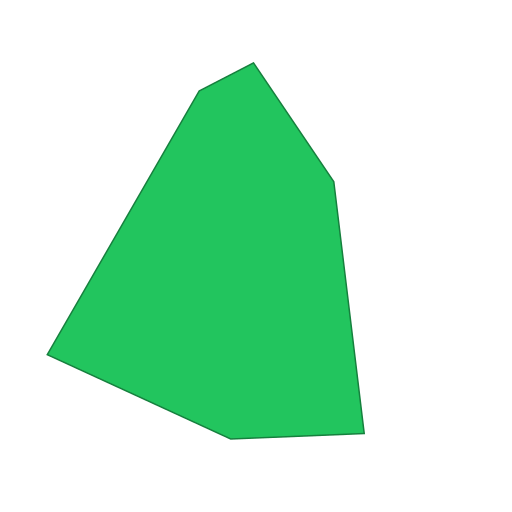 the Parish of Saint Thomas Lowland, rotated 20°
{"feature_id": "KNA-5110", "entity_name": "Saint Thomas Lowland", "entity_type": "Parish", "adm_level": 1, "iso_a3": "KNA", "parent_name": "Saint Kitts and Nevis", "parent_adm1": "", "projection": "albers", "projection_center": [-62.608, 17.164], "detail": "fine", "context": "isolated", "style": "filled", "palette": "green", "viewbox_px": 512, "rotation_deg": 20, "n_neighbors": 0, "source": "natural_earth", "source_scale": "10m", "svg_char_len": 251}
<svg xmlns="http://www.w3.org/2000/svg" viewBox="0 0 512 512"><g transform="rotate(20 256 256)"><path d="M93.6,420.1L146.2,120.3L187.6,75.4L303.7,159.6L418.4,385.8L294.8,436.6L93.6,420.1Z" fill="#22c55e" stroke="#15803d" stroke-width="1.5"/></g></svg>